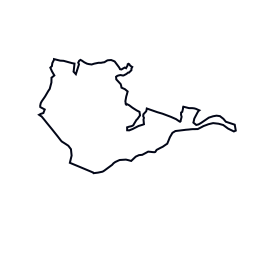 outline of Bany Abeed, Ad Daqahliyah, Egypt, rotated 27°
{"feature_id": "37247803B85878422276791", "entity_name": "Bany Abeed", "entity_type": "district", "adm_level": 2, "iso_a3": "EGY", "parent_name": "Egypt", "parent_adm1": "Ad Daqahliyah", "projection": "mercator", "projection_center": [31.692, 31.024], "detail": "fine", "context": "isolated", "style": "outline", "palette": "ink", "viewbox_px": 256, "rotation_deg": 27, "n_neighbors": 0, "source": "geoboundaries", "source_scale": "gbopen_adm2", "svg_char_len": 2771}
<svg xmlns="http://www.w3.org/2000/svg" viewBox="0 0 256 256"><g transform="rotate(27 128 128)"><path d="M225.2,81.4L221.6,76.6L212.3,78.0L208.8,76.5L204.5,75.7L201.3,76.8L198.5,78.9L195.3,82.1L191.0,90.0L189.2,92.8L187.4,94.3L183.8,93.5L183.5,92.1L183.2,91.0L182.8,89.5L182.9,82.3L183.2,80.5L183.5,79.9L179.7,80.1L177.9,80.5L176.1,81.2L173.3,82.6L167.6,83.9L167.6,84.3L168.3,86.1L169.0,89.0L168.3,90.1L169.3,92.2L170.7,93.7L171.1,95.5L171.4,97.0L171.8,98.0L171.5,98.8L170.7,98.8L166.8,98.3L161.1,98.6L152.2,99.6L146.9,100.6L144.7,100.9L136.6,102.0L135.9,102.1L136.3,103.4L136.6,104.9L136.2,106.3L135.5,108.8L136.2,110.6L137.6,111.7L138.0,113.5L140.5,117.4L139.4,118.6L136.5,121.4L132.6,126.8L130.1,129.6L128.3,130.4L126.9,127.8L128.3,126.4L130.5,124.6L131.2,123.5L131.5,123.2L131.5,122.5L131.5,121.7L131.9,116.7L132.3,116.0L133.0,111.3L130.9,108.4L129.8,108.4L127.7,108.4L122.7,107.9L118.8,107.2L116.4,107.2L115.9,108.0L114.9,107.5L114.6,106.8L113.5,105.3L112.1,100.6L111.8,98.8L111.4,97.0L111.1,95.6L110.6,95.5L107.6,94.8L103.9,95.0L102.6,93.3L101.5,92.2L95.5,90.0L94.1,87.8L94.8,86.4L95.9,85.3L97.3,84.2L99.5,83.6L100.2,83.2L102.0,80.7L103.0,78.5L103.7,78.2L104.8,75.0L104.1,73.5L104.1,71.7L103.1,71.7L101.3,71.3L100.2,70.6L99.2,70.6L98.8,71.3L99.2,72.4L99.1,75.6L97.7,75.6L96.7,77.0L95.6,78.8L94.2,79.2L92.7,78.1L86.0,74.8L84.9,74.8L82.1,75.1L79.3,76.8L78.6,77.6L78.2,78.3L77.1,80.1L76.7,80.4L75.7,81.1L74.3,82.2L72.1,83.3L68.6,86.1L66.8,87.9L63.9,88.9L62.2,89.3L59.3,89.3L56.1,88.9L54.7,88.9L54.0,90.3L54.0,92.4L55.4,93.5L57.1,103.7L53.9,102.5L53.6,101.5L51.1,94.9L48.7,95.6L40.1,97.4L36.9,98.8L30.8,100.2L31.1,100.9L31.1,104.5L32.1,107.4L31.4,109.5L34.6,112.1L38.5,114.6L37.4,117.1L37.0,117.9L39.1,122.2L40.5,128.7L40.2,130.9L39.8,137.7L39.0,143.5L39.0,145.6L39.7,148.2L40.4,149.2L45.4,149.3L45.8,153.1L45.6,153.3L43.9,155.0L42.8,156.6L44.3,156.8L45.0,156.9L45.7,156.9L48.9,158.3L53.1,160.2L60.6,163.5L69.4,167.5L73.6,169.5L75.1,170.1L79.3,170.5L82.9,170.9L86.8,172.8L90.3,178.2L91.8,184.6L92.0,185.4L103.7,184.5L117.2,183.5L117.8,183.9L121.5,181.4L124.0,179.4L125.2,178.4L125.4,178.1L126.2,176.8L130.6,168.0L131.1,166.0L132.2,163.9L132.9,163.1L133.4,162.4L135.1,160.3L140.5,157.1L142.5,156.6L145.8,155.9L147.9,150.0L150.1,147.2L152.9,145.4L153.3,144.8L153.8,144.1L155.4,141.8L156.7,139.9L159.7,138.7L160.1,138.6L162.5,137.6L163.2,136.9L163.4,134.7L163.5,134.4L164.3,133.3L165.9,131.0L167.5,128.9L167.7,128.5L169.6,125.0L170.1,124.2L169.6,118.0L169.5,117.5L169.8,112.1L170.4,111.2L171.6,109.2L179.5,103.9L179.9,103.6L183.1,101.6L184.6,100.6L185.9,99.8L190.4,97.4L190.7,97.2L193.8,92.9L194.3,92.1L196.9,89.3L197.7,88.4L198.1,88.0L201.6,85.0L206.7,83.1L211.5,82.1L217.4,83.1L217.9,83.1L223.9,83.0L225.2,81.4Z" fill="none" stroke="#020617" stroke-width="2"/></g></svg>